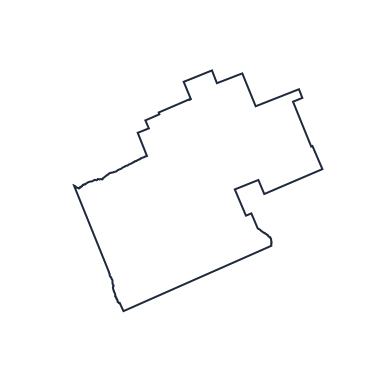 outline of Benito Juárez, Buenos Aires, Argentina, rotated 113°
{"feature_id": "61730980B96971006202376", "entity_name": "Benito Juárez", "entity_type": "district", "adm_level": 2, "iso_a3": "ARG", "parent_name": "Argentina", "parent_adm1": "Buenos Aires", "projection": "mercator", "projection_center": [-59.675, -37.588], "detail": "fine", "context": "isolated", "style": "outline", "palette": "slate", "viewbox_px": 384, "rotation_deg": 113, "n_neighbors": 0, "source": "geoboundaries", "source_scale": "gbopen_adm2", "svg_char_len": 5390}
<svg xmlns="http://www.w3.org/2000/svg" viewBox="0 0 384 384"><g transform="rotate(113 192 192)"><path d="M328.4,208.5L209.9,97.4L210.0,97.6L209.9,97.9L209.9,98.0L209.7,98.3L209.4,98.4L209.3,98.6L209.2,98.6L208.7,98.7L208.6,98.9L208.3,99.1L208.1,99.2L207.8,99.1L207.6,99.0L207.4,99.0L207.1,99.1L207.0,99.3L206.8,99.4L206.6,99.6L206.4,99.7L206.2,99.8L206.0,100.1L205.4,100.3L204.9,100.7L204.6,100.7L204.3,100.9L204.2,101.0L204.0,101.3L203.9,101.5L203.8,101.9L203.7,102.0L203.3,102.1L203.2,102.2L203.1,102.3L203.0,102.5L203.2,102.8L203.2,103.0L203.3,103.2L202.9,104.0L202.7,104.5L202.6,104.8L202.5,105.0L202.3,105.1L202.3,105.3L202.4,105.5L202.2,105.8L201.9,105.9L201.9,106.2L202.0,106.5L201.9,106.8L201.9,107.0L201.7,107.4L201.6,107.6L201.7,108.2L201.7,108.5L201.5,108.9L201.2,109.1L201.2,109.3L201.4,109.6L201.5,109.9L201.5,110.2L201.4,110.7L201.2,111.2L201.1,111.3L201.0,111.5L201.0,112.2L200.9,112.5L200.7,112.8L200.7,113.4L200.6,113.5L200.6,113.8L200.5,114.0L200.4,114.3L200.3,114.5L200.2,114.6L200.1,114.8L200.0,115.0L200.0,115.3L200.0,115.5L200.0,116.0L200.0,116.3L199.9,117.2L188.5,129.0L192.7,133.1L172.9,153.6L155.0,135.6L165.6,124.7L120.0,80.9L102.6,99.1L103.6,100.0L69.4,134.3L62.3,127.2L55.6,133.7L88.2,166.9L63.2,192.0L66.2,195.2L82.1,211.6L72.3,221.1L93.8,242.7L107.0,229.3L108.3,230.5L108.0,230.9L131.8,253.7L133.2,252.4L144.3,262.9L150.3,256.6L158.7,265.1L176.5,247.5L176.9,247.8L177.0,248.0L177.4,248.7L177.5,248.9L177.8,249.0L178.2,249.3L178.4,249.4L178.6,249.6L179.0,250.1L179.4,250.5L179.8,251.0L180.0,251.3L180.2,251.5L180.5,251.7L180.7,252.0L180.9,252.0L181.4,252.5L181.8,252.5L182.0,252.6L182.0,252.8L182.5,253.1L182.6,253.3L182.8,253.5L183.0,253.6L183.7,254.3L183.8,254.5L184.3,254.8L184.6,254.9L184.7,255.0L184.8,255.1L185.2,255.3L185.3,255.6L185.6,255.8L185.8,256.3L186.1,256.4L186.2,256.7L186.4,256.8L186.9,257.1L187.1,257.1L187.2,257.4L187.4,257.6L188.1,257.9L188.6,258.3L188.8,258.4L189.0,258.7L189.5,259.0L190.1,259.6L190.4,259.8L190.5,260.0L190.9,260.4L191.2,260.7L191.6,261.0L191.8,261.1L192.2,261.3L192.5,261.5L192.8,261.6L193.0,261.8L193.2,262.3L193.3,262.5L193.7,263.1L194.2,263.4L194.5,263.5L195.0,263.9L195.2,264.2L195.7,264.5L196.2,265.0L196.5,265.3L196.7,265.5L197.2,265.7L198.0,266.1L198.4,266.4L198.7,266.7L199.2,267.3L199.4,267.5L199.7,267.7L200.2,268.3L200.6,268.6L200.9,268.9L201.2,269.1L201.6,269.2L201.9,269.3L202.2,269.4L202.5,269.7L202.7,269.8L202.9,270.0L203.3,270.7L203.7,271.0L204.2,271.6L204.3,271.9L204.8,272.2L205.0,272.5L205.3,273.1L205.6,273.5L205.9,273.8L206.0,274.3L206.2,274.5L206.5,274.8L206.8,275.1L207.1,275.4L207.4,275.6L207.8,275.8L208.1,275.8L208.5,275.8L208.8,276.2L209.1,276.5L209.3,276.8L209.7,276.9L209.9,276.9L210.3,277.1L210.9,277.5L211.3,277.8L211.7,278.0L212.0,278.1L212.8,278.5L213.1,278.7L213.3,278.8L213.6,279.0L214.1,279.4L214.5,279.5L215.0,279.3L215.2,279.5L215.5,279.6L215.5,279.9L215.5,280.1L215.7,280.4L215.7,280.8L215.8,281.0L215.9,281.3L216.0,281.5L216.3,281.8L216.6,282.0L216.6,282.5L216.6,282.8L216.7,283.1L216.8,283.7L217.2,283.9L217.6,283.9L217.9,284.0L218.2,284.2L218.5,284.5L218.6,284.8L218.6,285.7L218.8,286.1L218.9,286.4L219.2,286.6L219.5,286.8L219.7,287.1L220.1,287.3L220.4,287.5L221.0,287.9L221.2,288.2L221.4,288.4L221.6,288.6L221.7,289.0L221.8,289.2L221.9,289.4L222.1,289.6L222.7,290.4L222.9,290.7L223.3,291.2L223.6,291.3L223.9,291.6L224.1,291.8L224.5,292.0L224.8,292.3L225.1,292.5L225.6,292.7L226.5,293.1L226.7,293.3L226.7,293.6L226.6,293.8L226.9,294.1L227.9,294.5L228.0,294.7L227.9,294.9L227.9,295.1L228.2,295.3L228.5,295.3L229.1,295.5L229.3,295.4L229.6,295.4L229.8,295.6L229.9,295.8L230.0,296.0L230.5,296.2L230.8,296.2L230.8,296.5L230.9,296.8L231.2,296.9L231.5,297.0L231.6,296.8L232.0,296.8L232.2,297.0L232.3,297.3L232.6,297.4L232.9,297.5L232.8,297.8L232.7,298.1L232.7,298.5L232.8,298.9L233.0,299.1L233.0,299.4L233.0,299.8L232.9,300.2L232.8,300.4L232.6,300.8L232.5,301.2L232.5,301.5L232.3,301.9L232.2,302.2L232.2,302.6L232.2,303.1L297.7,237.6L297.8,237.6L298.0,237.3L298.1,237.2L298.3,237.1L298.5,237.0L298.7,236.9L298.8,236.7L299.0,236.6L299.4,236.0L299.6,235.8L299.8,235.6L300.0,235.5L300.6,235.4L300.9,235.2L301.1,235.0L301.3,234.7L301.5,234.6L301.6,234.4L301.7,234.2L301.9,234.0L302.0,233.8L302.0,233.5L302.0,233.4L302.2,233.1L302.3,233.0L302.4,232.8L302.8,232.6L303.4,232.1L303.5,231.9L303.8,231.5L303.9,231.3L303.9,231.1L304.0,231.0L304.6,230.6L305.1,230.4L305.4,230.3L306.0,230.0L306.2,229.8L306.9,229.6L307.4,229.4L307.5,229.3L307.9,228.8L308.0,228.6L308.1,228.4L308.2,228.2L308.3,228.2L309.0,227.8L309.1,227.6L309.3,227.7L309.5,227.5L309.9,227.7L310.0,227.7L310.4,227.4L310.9,227.4L311.2,227.4L311.3,227.3L311.4,227.1L311.7,226.9L311.9,226.8L312.0,226.7L312.5,226.3L312.7,226.1L313.2,225.7L313.4,225.4L313.6,225.4L313.8,225.0L314.1,224.9L314.3,224.8L314.6,224.4L314.9,224.0L315.0,223.8L315.1,223.7L315.3,223.6L315.4,223.4L316.2,222.7L316.6,222.6L317.0,222.3L317.2,222.1L317.5,222.1L317.8,221.9L318.0,222.0L318.2,221.8L318.2,221.5L318.2,221.4L318.5,221.2L318.7,220.8L318.7,220.5L319.3,220.3L319.5,219.9L319.9,219.7L320.0,219.6L320.0,219.3L320.0,219.1L320.2,218.9L320.3,218.9L320.6,218.8L320.9,218.5L320.9,218.2L321.1,218.1L321.4,217.9L321.7,217.7L321.8,217.5L322.1,217.5L322.3,217.4L322.3,217.2L322.2,217.0L322.4,216.6L322.5,216.2L322.8,216.0L322.8,215.8L322.7,215.7L322.4,215.5L322.4,215.3L322.5,215.3L322.5,215.1L328.4,208.5Z" fill="none" stroke="#1e293b" stroke-width="2"/></g></svg>